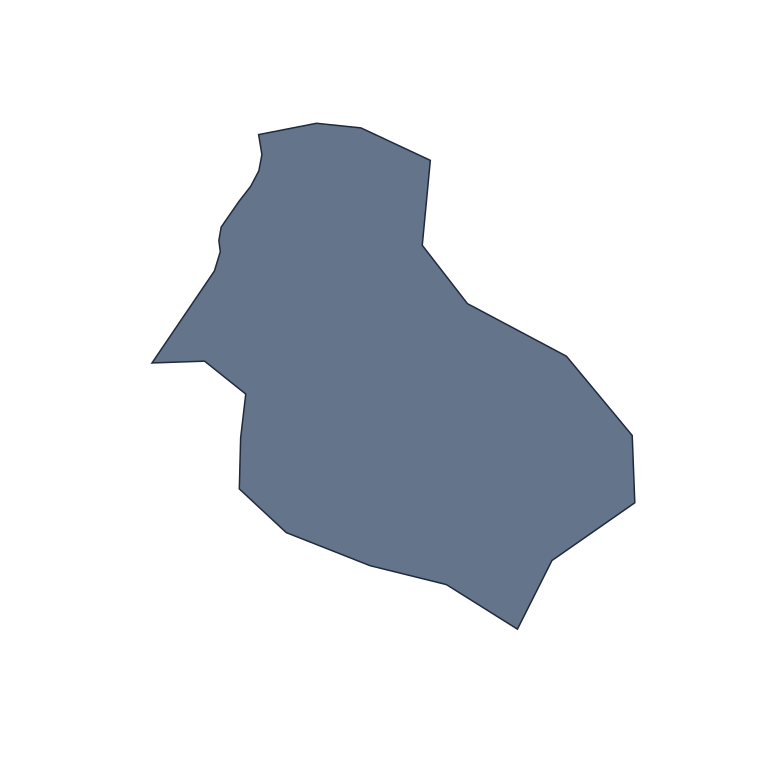 the border of São Domingos, rotated 242°
{"feature_id": "CPV-5051", "entity_name": "São Domingos", "entity_type": "state/province", "adm_level": 1, "iso_a3": "CPV", "parent_name": "Cabo Verde", "parent_adm1": "", "projection": "albers", "projection_center": [-23.501, 15.012], "detail": "fine", "context": "isolated", "style": "filled", "palette": "slate", "viewbox_px": 768, "rotation_deg": 242, "n_neighbors": 0, "source": "natural_earth", "source_scale": "10m", "svg_char_len": 507}
<svg xmlns="http://www.w3.org/2000/svg" viewBox="0 0 768 768"><g transform="rotate(242 384 384)"><path d="M511.5,189.0L563.4,287.3L577.6,301.5L588.3,305.6L599.0,313.9L613.2,341.4L621.2,359.2L631.0,373.6L643.9,383.9L663.1,390.4L645.9,446.8L620.9,483.9L559.7,529.9L488.5,482.9L415.8,495.4L322.9,558.1L222.0,579.0L161.4,549.7L149.3,449.4L104.9,386.7L177.6,344.9L230.1,286.4L298.7,227.9L359.3,207.0L403.7,232.1L440.0,257.2L488.4,236.3L511.5,189.0Z" fill="#64748b" stroke="#1e293b" stroke-width="1.5"/></g></svg>